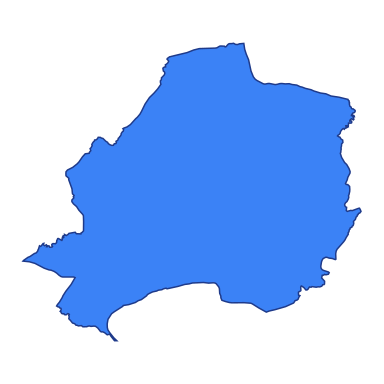 Ou Chum, Rôtânôkiri, Cambodia
{"feature_id": "14789045B56033797709996", "entity_name": "Ou Chum", "entity_type": "district", "adm_level": 2, "iso_a3": "KHM", "parent_name": "Cambodia", "parent_adm1": "Rôtânôkiri", "projection": "albers", "projection_center": [107.039, 13.843], "detail": "fine", "context": "isolated", "style": "filled", "palette": "blue", "viewbox_px": 384, "rotation_deg": 0, "n_neighbors": 0, "source": "geoboundaries", "source_scale": "gbopen_adm2", "svg_char_len": 5904}
<svg xmlns="http://www.w3.org/2000/svg" viewBox="0 0 384 384"><path d="M348.0,99.4L339.0,97.2L331.0,96.0L325.9,93.8L320.4,93.0L313.9,91.0L311.0,89.7L305.5,88.4L302.1,87.1L300.2,86.7L296.8,85.1L292.1,84.5L289.2,83.7L285.3,83.9L281.9,83.5L279.8,83.6L277.3,84.3L275.2,84.6L269.6,83.5L268.0,83.5L265.0,84.1L263.3,83.8L256.8,80.4L255.1,79.1L253.4,76.9L251.0,71.0L248.6,59.8L246.2,54.0L244.7,49.3L243.8,43.4L239.5,43.8L237.7,44.5L236.9,44.5L235.5,44.4L233.6,43.3L231.6,43.6L229.8,43.6L228.9,43.8L227.9,44.5L226.0,46.7L225.1,46.9L224.5,46.2L220.7,46.0L219.6,46.2L216.9,47.8L215.2,48.1L199.3,48.6L193.7,50.0L187.1,52.6L169.6,56.8L167.4,58.4L167.0,59.1L168.5,60.8L168.6,61.5L167.8,62.9L166.2,64.4L165.4,64.7L165.6,66.9L164.5,67.0L163.2,67.8L162.9,68.5L163.4,71.1L164.4,71.8L164.7,72.6L164.8,73.6L164.2,75.0L161.4,77.9L161.5,78.6L161.3,79.8L160.4,80.8L160.4,82.3L160.9,84.3L157.7,88.9L154.0,93.1L149.5,97.5L145.1,104.0L141.5,111.4L139.9,114.2L137.4,117.2L135.6,118.8L130.4,124.6L126.9,127.0L123.8,128.1L122.9,128.7L123.6,129.5L123.3,131.1L122.3,131.9L121.2,133.5L121.2,134.3L120.6,135.8L119.7,136.6L119.4,137.4L118.3,138.3L118.0,139.8L117.2,140.6L116.0,141.3L116.4,142.6L115.8,143.6L114.3,143.7L113.4,145.3L111.7,145.4L109.9,144.7L108.3,143.6L107.6,142.3L105.9,141.3L102.9,138.4L101.4,138.1L100.5,137.4L98.2,137.3L97.4,138.8L95.9,139.9L94.6,140.0L94.4,141.0L93.3,142.0L92.3,143.5L91.8,144.7L92.2,145.5L91.1,147.7L90.1,148.6L90.8,150.7L89.4,152.3L89.2,153.3L85.2,153.8L82.5,156.8L78.9,162.0L77.1,163.9L72.7,167.4L67.5,170.0L66.0,171.8L65.9,173.8L66.0,175.8L68.8,178.3L68.7,179.7L72.0,188.9L72.4,193.3L72.6,194.0L73.5,194.7L74.1,195.7L73.3,196.6L73.8,197.9L71.9,200.0L71.9,201.7L73.5,203.9L76.6,206.6L78.9,210.2L82.7,214.4L83.4,215.6L83.6,221.5L83.5,230.9L82.0,232.5L81.1,232.9L80.9,233.9L76.3,233.7L75.3,232.3L74.3,232.4L68.9,233.4L68.1,234.4L66.3,235.5L64.6,234.5L64.7,235.4L64.0,235.7L63.3,235.6L62.9,236.3L63.7,237.4L63.2,237.8L62.4,237.5L62.1,238.7L62.3,239.7L61.8,240.4L58.4,238.5L57.7,238.6L56.7,240.8L56.6,242.5L55.5,243.7L52.9,243.6L51.8,244.4L51.9,245.6L52.5,246.5L52.1,247.0L50.5,247.3L49.6,247.2L49.2,246.0L48.0,245.8L47.3,246.7L46.6,246.7L47.0,245.7L46.4,244.8L44.6,245.7L43.2,244.6L43.8,243.4L43.1,243.5L41.3,245.8L40.6,246.4L39.5,245.8L38.5,249.0L37.9,250.1L37.8,250.9L36.8,252.2L36.0,253.0L34.4,253.5L30.0,256.5L28.0,257.3L23.6,260.4L23.0,261.1L29.5,261.8L35.0,263.4L44.2,268.2L49.0,269.9L51.1,270.2L54.1,271.4L56.7,273.1L59.0,275.2L61.1,276.6L62.7,277.0L73.6,277.0L75.1,277.6L71.1,284.5L65.8,291.3L62.9,295.9L62.2,297.6L59.4,302.2L57.5,304.5L56.6,306.0L58.0,306.9L59.2,307.1L59.8,308.0L61.0,308.4L61.2,309.6L60.2,311.4L60.9,311.7L61.1,312.6L61.8,313.5L62.6,313.8L63.9,313.7L64.4,314.6L65.3,314.8L66.4,314.7L67.7,313.6L68.7,313.8L69.3,314.5L68.7,315.3L69.1,316.3L69.1,317.5L68.8,318.3L69.3,319.5L70.1,320.0L72.5,323.0L74.7,323.7L76.0,325.2L77.2,325.3L78.3,325.9L81.4,325.6L82.9,326.8L86.8,326.7L88.3,326.1L89.6,326.0L90.9,326.4L93.9,326.1L95.5,326.3L97.7,327.9L100.5,331.5L101.4,331.9L102.6,331.8L104.5,332.6L107.2,334.8L109.1,334.3L110.1,334.7L111.0,336.3L114.5,340.7L116.8,340.7L113.8,337.8L109.8,332.8L107.9,329.9L107.3,327.5L107.2,323.9L108.0,319.3L111.6,313.7L114.5,311.6L122.8,306.3L123.2,305.5L128.8,304.6L135.4,302.5L138.2,300.7L141.4,299.6L146.6,295.8L147.4,294.6L148.8,293.7L152.6,291.9L156.8,291.0L158.3,290.2L161.9,289.7L163.5,288.8L165.1,288.4L166.1,288.2L167.0,288.8L178.0,286.4L184.9,284.4L189.1,283.9L192.4,283.0L203.4,282.5L208.6,283.1L213.3,282.8L214.9,283.0L216.2,283.7L218.8,287.0L219.4,288.6L219.7,293.4L220.8,296.0L220.9,297.9L221.9,300.3L225.4,301.5L229.3,302.5L231.7,302.8L244.1,302.7L250.8,303.2L252.2,303.8L258.9,308.0L266.3,312.1L269.3,311.0L274.9,309.7L285.6,306.6L293.6,303.0L294.5,301.7L295.0,300.7L297.2,300.0L298.2,299.1L298.7,297.5L299.9,295.6L298.6,295.2L298.4,292.8L298.5,292.1L300.6,290.9L300.9,290.3L300.7,287.3L301.0,286.2L301.6,286.0L303.9,287.6L305.9,290.0L307.1,289.9L308.0,289.2L309.4,287.0L311.2,287.2L311.9,286.6L316.2,287.2L318.1,286.8L319.8,286.9L321.5,286.3L322.1,285.8L322.7,284.7L324.0,284.6L324.5,284.0L324.6,281.2L321.7,278.0L322.2,275.3L323.7,275.1L324.5,274.4L325.9,274.8L328.4,274.2L329.2,272.7L328.5,272.0L323.8,270.5L322.3,269.8L321.2,268.5L320.8,266.9L320.9,265.6L321.5,261.9L322.1,260.2L323.1,258.6L325.6,257.3L326.9,257.3L329.1,258.1L332.3,258.5L335.3,259.6L335.9,259.2L335.7,253.7L336.2,251.0L337.1,249.2L343.7,241.7L345.0,239.9L346.2,237.5L348.3,234.2L348.1,233.1L348.3,232.4L348.9,231.9L349.3,229.7L350.1,229.0L350.0,228.3L350.4,227.8L351.8,227.3L351.9,226.7L352.5,225.9L353.0,225.7L353.4,224.9L353.8,223.0L353.4,222.0L353.6,221.3L355.4,219.4L356.1,217.1L357.1,216.2L357.5,214.8L358.1,214.6L358.2,214.0L358.9,213.2L359.7,213.1L361.0,211.5L360.6,210.3L359.5,208.2L358.6,208.3L352.3,210.6L350.7,210.4L347.3,211.4L346.3,210.6L346.6,207.3L345.7,206.9L345.0,206.0L344.7,205.1L344.7,204.3L345.5,202.8L347.0,201.5L348.3,199.0L348.8,197.2L348.5,195.7L349.0,194.6L349.7,191.5L349.8,189.4L349.6,186.4L347.8,184.6L346.2,184.4L345.5,183.5L347.2,179.9L347.8,177.4L350.0,173.1L350.1,171.5L349.0,168.5L346.7,164.5L344.6,162.5L341.6,157.4L340.3,153.3L340.9,152.0L340.8,151.4L341.2,149.0L341.0,147.8L341.5,146.0L341.6,143.9L342.9,142.5L342.7,140.1L340.9,138.9L340.0,137.2L338.6,136.7L337.5,135.9L337.9,135.3L339.1,134.6L340.2,133.2L340.5,131.6L341.9,129.6L343.2,128.5L344.3,129.3L345.1,128.2L345.9,128.1L347.2,127.4L346.2,127.2L345.8,125.8L347.0,125.7L347.5,126.1L348.3,126.2L348.5,123.1L351.1,123.1L351.6,122.8L351.8,121.9L351.4,121.0L349.8,121.1L349.8,120.4L350.8,119.3L351.6,118.8L353.4,119.9L353.9,119.3L353.0,116.8L354.4,116.8L354.2,116.0L353.7,115.4L352.9,115.2L352.0,115.7L351.4,115.6L351.5,115.0L352.8,113.1L354.3,112.6L354.8,112.1L355.2,111.2L355.1,110.4L353.2,108.9L352.0,108.8L351.4,108.2L351.1,107.1L349.9,106.2L349.3,103.8L349.6,102.9L349.2,102.3L349.1,100.9L348.3,100.3L348.0,99.4Z" fill="#3b82f6" stroke="#1e3a8a" stroke-width="1.5"/></svg>